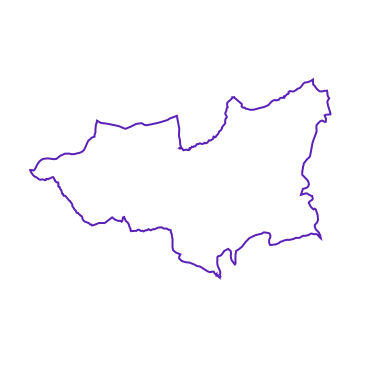 Kabalo, Katanga, Democratic Republic of the Congo (Natural Earth projection), rotated 168°
{"feature_id": "63176286B58583497580401", "entity_name": "Kabalo", "entity_type": "district", "adm_level": 2, "iso_a3": "COD", "parent_name": "Democratic Republic of the Congo", "parent_adm1": "Katanga", "projection": "natural_earth1", "projection_center": [26.919, -6.185], "detail": "fine", "context": "isolated", "style": "outline", "palette": "violet", "viewbox_px": 384, "rotation_deg": 168, "n_neighbors": 0, "source": "geoboundaries", "source_scale": "gbopen_adm2", "svg_char_len": 5978}
<svg xmlns="http://www.w3.org/2000/svg" viewBox="0 0 384 384"><g transform="rotate(168 192 192)"><path d="M202.6,118.6L199.6,117.4L193.4,111.3L192.7,110.8L191.2,109.8L189.8,109.8L188.2,109.9L187.2,109.4L186.9,107.9L186.0,106.7L185.4,106.8L185.1,106.9L185.6,105.5L185.5,105.3L185.5,105.1L184.1,105.4L184.1,104.3L182.8,102.5L182.7,103.2L181.8,103.3L181.7,105.7L181.1,107.2L181.0,108.7L182.1,113.9L182.2,115.5L182.0,117.7L181.4,120.0L180.8,122.6L180.4,123.5L178.9,123.8L177.3,123.8L176.0,124.6L172.7,127.6L168.5,128.9L166.4,126.2L166.6,123.6L167.4,121.6L167.6,118.2L167.3,116.8L165.2,112.2L164.9,112.2L164.2,113.3L163.8,115.9L162.4,121.9L161.7,123.5L161.3,125.0L157.1,126.7L155.7,127.5L154.1,128.3L152.4,129.8L149.9,132.0L145.4,135.0L139.2,136.5L136.6,136.7L132.8,136.7L130.1,137.6L127.0,136.5L124.8,135.4L124.4,133.1L124.8,131.4L126.2,129.7L126.9,127.5L127.0,125.6L126.6,123.9L120.9,123.3L117.8,123.9L115.8,125.0L114.4,124.9L112.4,125.4L111.0,125.5L108.2,125.4L106.8,124.9L105.9,124.9L102.3,125.0L101.4,125.2L100.1,125.6L97.7,125.0L95.9,124.9L93.9,125.7L92.4,126.1L90.5,125.6L88.3,125.6L86.7,125.7L84.8,126.5L83.5,126.4L83.3,126.3L81.6,125.3L79.4,125.1L78.2,124.3L76.7,121.4L75.6,119.9L75.6,121.2L75.6,122.8L76.3,125.9L77.4,127.8L78.3,129.0L78.9,130.7L79.1,132.9L78.6,134.3L75.9,136.3L74.5,138.5L73.9,143.4L74.6,149.2L75.5,150.2L76.8,149.7L77.4,150.5L78.8,152.8L80.1,157.1L79.6,157.7L78.3,158.6L75.8,159.5L75.3,160.4L75.3,163.1L75.8,163.2L78.2,165.1L79.7,166.6L81.2,167.0L86.0,166.6L82.9,172.0L80.8,172.1L78.6,172.4L77.1,173.5L76.1,175.0L76.0,177.2L76.6,179.5L77.6,181.2L80.5,185.7L80.5,186.8L79.8,189.2L78.1,193.6L76.5,196.9L72.6,200.1L69.5,201.9L68.1,204.8L65.6,210.9L63.9,215.0L62.8,216.9L57.8,224.8L57.3,226.4L56.7,230.4L56.0,231.7L54.5,232.9L52.1,234.4L50.0,234.9L48.6,233.9L47.9,233.1L46.7,232.8L46.2,233.8L45.7,236.2L46.3,238.3L46.3,239.5L44.9,239.7L42.8,239.5L40.6,239.1L40.2,239.9L41.0,248.6L40.9,252.0L40.0,253.4L38.3,255.1L38.9,256.2L39.3,259.0L38.9,261.1L38.9,263.1L41.5,263.4L43.5,263.3L46.1,263.9L47.2,265.1L48.5,266.9L50.1,270.6L51.1,271.9L50.7,274.8L50.3,276.9L52.7,275.9L54.5,275.6L55.9,275.4L59.0,275.6L60.5,274.9L63.9,271.9L65.3,271.2L67.4,271.1L68.5,270.3L71.5,269.3L72.8,269.4L73.4,269.7L74.5,269.9L75.3,270.4L76.3,270.0L76.9,269.6L77.0,268.3L77.4,267.9L78.7,267.9L81.0,266.3L82.2,266.5L82.5,266.0L81.9,265.3L82.0,265.0L85.2,265.6L86.3,265.5L88.1,264.1L90.8,264.1L92.0,264.8L93.4,264.6L95.1,264.1L99.1,261.2L100.2,260.9L103.9,260.1L108.2,260.1L113.5,259.7L116.2,259.9L118.2,260.4L121.0,262.0L122.1,262.3L123.0,263.7L124.4,263.8L125.5,264.9L125.7,265.4L125.0,267.3L125.1,268.0L125.7,268.6L130.4,274.8L130.9,275.1L131.0,276.0L133.0,276.3L133.2,275.4L135.5,273.9L137.5,272.9L138.9,271.9L139.3,271.1L139.7,268.7L139.4,267.8L139.6,267.3L140.6,266.8L141.7,263.9L142.3,263.3L143.1,262.1L143.1,260.6L142.7,260.1L142.3,258.1L143.1,257.3L144.1,256.4L145.0,253.8L145.3,252.1L146.7,251.1L149.2,249.0L149.6,247.7L151.2,246.3L152.8,245.6L154.4,243.3L156.5,241.9L157.6,240.7L158.3,240.7L159.0,241.5L159.4,241.7L160.5,239.6L163.0,238.5L163.4,238.8L164.3,238.8L164.8,239.0L166.4,237.2L167.7,236.8L168.5,236.8L169.2,237.5L169.8,237.5L170.2,237.0L172.1,236.8L174.3,238.0L175.5,237.6L176.9,237.8L177.5,237.7L177.9,236.9L178.4,236.8L179.3,236.0L180.3,236.3L181.6,235.8L182.0,235.9L182.7,236.3L183.4,235.5L185.3,235.4L185.6,234.8L185.2,234.2L185.7,233.8L187.3,233.9L188.9,234.7L189.7,234.6L191.7,234.6L192.6,236.7L193.0,236.9L193.9,236.9L194.2,236.9L194.7,236.9L195.4,237.5L194.8,237.8L193.8,237.4L193.2,237.5L193.3,238.2L193.7,240.6L193.1,244.5L193.0,250.5L192.9,250.8L192.4,252.2L191.2,257.1L191.2,259.3L191.0,269.6L198.0,268.6L201.1,267.5L207.6,266.9L211.5,266.7L222.2,266.7L224.5,267.5L225.9,268.9L227.0,269.8L232.5,270.2L238.0,268.7L242.0,268.0L243.0,267.7L244.0,267.7L245.5,268.6L249.9,271.7L260.7,276.4L263.9,277.5L266.8,278.5L270.1,281.5L271.3,278.6L271.8,278.3L272.5,276.3L273.8,272.0L273.9,270.7L275.5,268.0L275.8,266.4L278.3,266.1L280.0,265.3L283.0,263.5L285.5,260.1L287.6,257.1L289.1,255.4L290.9,254.4L293.5,253.7L296.2,253.7L298.8,253.5L302.0,254.0L304.2,255.1L308.4,255.9L310.7,255.4L313.6,254.7L317.7,252.6L320.3,252.8L323.3,253.9L326.1,254.9L330.4,255.3L332.7,254.8L335.0,253.5L337.7,251.0L339.4,248.7L340.8,247.1L341.4,246.5L342.1,246.1L342.7,246.0L344.1,246.7L345.6,247.2L345.7,246.3L345.1,244.2L343.9,241.5L343.0,240.1L341.2,238.8L338.9,236.2L338.0,235.6L335.6,235.4L334.9,235.2L333.2,234.0L332.6,234.1L331.9,235.1L331.1,235.1L330.4,234.5L329.9,234.5L329.3,234.8L328.1,234.8L325.8,235.5L324.8,235.4L324.7,235.3L324.5,235.2L323.8,232.1L323.5,232.0L323.5,231.1L322.4,229.6L321.1,229.3L320.9,228.7L321.0,227.1L321.5,226.5L321.5,225.4L321.4,224.9L320.9,224.9L320.5,224.5L320.2,222.6L319.7,221.4L319.4,220.0L319.3,217.9L319.3,217.2L318.6,216.9L318.5,215.4L318.2,214.9L317.3,214.9L316.3,213.9L313.8,208.9L313.3,208.6L312.8,207.6L311.7,204.8L311.9,202.6L311.4,201.9L310.6,199.5L309.5,197.7L309.2,195.7L308.4,195.5L307.7,195.0L307.4,194.0L306.4,193.1L306.1,192.2L305.1,191.4L304.6,190.1L304.7,188.5L304.0,186.5L302.9,185.3L299.1,182.8L298.5,181.4L297.0,181.0L296.7,180.0L295.8,180.0L293.1,180.3L289.9,181.0L286.6,180.4L283.9,179.8L282.5,180.4L275.4,183.8L274.6,182.9L272.8,180.7L270.2,179.1L268.3,178.8L267.0,177.6L266.0,178.4L264.9,181.4L263.6,181.7L262.8,177.5L261.3,175.6L260.5,173.4L260.4,170.8L259.8,168.6L260.1,167.2L259.9,166.4L259.0,166.4L257.8,166.0L257.4,166.0L255.9,165.9L254.9,165.6L254.2,165.6L253.2,166.2L251.8,166.2L250.7,165.1L250.0,164.5L248.5,164.4L247.5,163.5L245.1,164.3L244.5,163.9L244.0,163.9L242.3,164.7L241.4,163.8L240.2,163.1L239.6,163.4L239.4,163.4L239.1,163.5L237.3,163.7L236.7,163.3L232.5,164.2L229.1,163.8L228.0,162.7L226.7,161.9L224.5,161.6L222.6,159.8L221.8,159.7L221.6,159.6L220.7,159.0L220.9,158.2L221.1,156.8L220.6,155.8L220.9,149.5L222.5,142.4L222.6,139.1L220.4,136.2L216.3,133.4L217.5,132.1L218.4,130.4L217.9,128.8L216.2,126.5L213.0,124.7L209.0,123.4L204.7,120.5L202.6,118.6Z" fill="none" stroke="#5b21b6" stroke-width="2"/></g></svg>